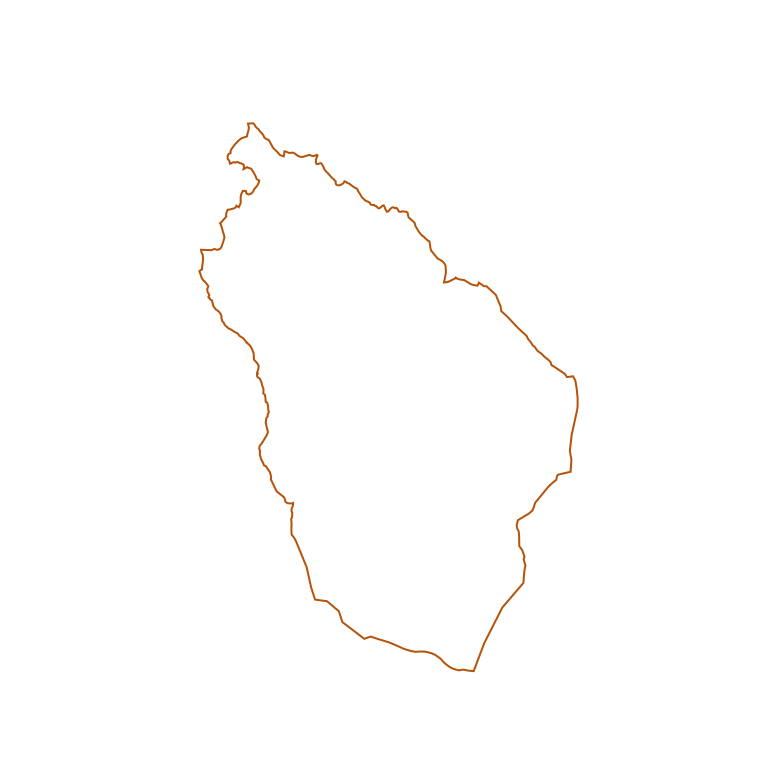 Poiana Vadului, Alba, Romania, rotated 240°
{"feature_id": "2599482B80171026401494", "entity_name": "Poiana Vadului", "entity_type": "district", "adm_level": 2, "iso_a3": "ROU", "parent_name": "Romania", "parent_adm1": "Alba", "projection": "orthographic", "projection_center": [22.883, 46.405], "detail": "fine", "context": "isolated", "style": "outline", "palette": "amber", "viewbox_px": 768, "rotation_deg": 240, "n_neighbors": 0, "source": "geoboundaries", "source_scale": "gbopen_adm2", "svg_char_len": 6029}
<svg xmlns="http://www.w3.org/2000/svg" viewBox="0 0 768 768"><g transform="rotate(240 384 384)"><path d="M652.9,406.2L654.2,405.2L655.7,404.2L657.4,403.6L659.7,403.9L662.8,403.4L665.2,402.8L667.1,402.8L669.2,401.9L671.3,401.5L673.6,401.5L675.1,401.1L675.9,399.7L677.5,396.4L673.6,395.2L670.8,392.9L669.3,391.2L666.9,389.1L667.5,386.2L668.1,383.5L667.5,379.8L666.1,374.9L664.1,370.1L662.6,367.7L660.7,366.6L660.9,364.8L660.3,363.2L657.8,361.4L656.8,361.2L654.9,361.6L651.7,360.8L651.4,364.5L650.1,365.8L649.6,368.2L648.0,369.1L646.3,370.7L645.3,371.6L643.5,372.0L641.9,371.2L640.3,369.8L640.3,373.8L639.3,374.4L638.4,375.2L637.7,376.0L636.4,376.6L634.6,376.8L629.7,376.8L627.6,376.6L625.3,376.2L624.0,376.9L622.5,377.7L620.9,376.1L619.1,373.3L617.6,368.9L616.1,367.0L615.2,363.7L616.0,361.3L618.0,360.1L620.0,361.0L621.9,358.3L619.5,355.0L618.0,353.6L614.9,351.8L612.2,350.2L609.7,346.6L612.2,345.3L611.1,343.8L611.1,341.8L611.6,340.1L612.4,337.2L613.1,335.8L611.5,333.6L610.2,332.4L609.2,331.6L608.0,331.3L606.3,326.6L605.5,324.0L605.2,322.3L604.1,322.4L602.6,322.2L599.8,321.6L596.3,320.6L593.8,320.1L590.8,319.2L588.6,317.0L584.1,312.0L583.0,309.8L583.5,306.7L585.8,304.6L586.1,301.6L591.7,292.7L589.1,291.7L586.7,291.7L582.2,289.5L575.6,284.5L574.3,283.9L574.3,282.2L574.0,280.5L571.3,280.0L566.6,279.1L563.1,279.5L562.4,280.1L556.5,280.8L554.5,278.3L551.8,277.2L550.8,277.2L550.1,277.4L548.1,277.0L547.4,275.6L546.5,275.3L545.9,275.8L544.7,275.8L544.2,275.7L542.8,276.7L541.5,276.7L540.6,276.1L539.1,276.0L537.2,275.1L532.8,275.6L529.3,277.2L526.4,277.5L523.8,277.2L522.7,276.2L519.1,275.4L517.7,275.9L514.9,275.6L509.8,277.2L507.8,278.7L503.7,280.7L501.1,282.5L498.0,282.9L493.6,285.1L489.9,285.6L488.6,285.6L488.4,286.2L486.4,286.4L485.3,286.9L483.6,287.2L480.4,287.2L475.8,286.5L473.5,285.3L470.5,283.7L469.4,283.7L465.6,284.6L462.2,284.5L459.5,282.4L457.1,279.6L456.1,279.9L455.9,278.8L454.0,278.0L452.9,278.0L450.7,279.2L446.2,278.6L443.9,277.8L440.0,277.2L436.2,274.8L434.0,275.4L431.5,274.5L427.7,272.6L426.3,273.5L422.7,272.5L419.4,270.8L417.1,270.2L416.1,268.3L414.1,267.0L413.1,264.9L410.8,263.1L409.5,262.2L406.8,261.3L403.9,260.4L402.0,260.0L400.6,259.5L399.6,258.7L398.2,256.6L397.1,254.7L396.1,252.9L394.7,250.3L393.4,247.7L392.5,245.4L391.6,244.4L389.7,243.3L388.6,243.4L385.1,241.3L380.7,240.0L375.2,239.8L373.6,239.3L371.9,240.6L364.5,241.1L360.1,239.9L357.9,238.3L349.0,237.6L344.5,237.4L336.2,240.7L333.6,240.6L331.3,239.7L328.9,240.9L326.6,244.5L326.4,245.8L324.4,244.4L323.5,243.5L322.2,241.8L320.8,240.6L319.2,240.2L318.3,240.2L317.0,239.4L315.8,238.4L314.6,237.8L313.5,236.1L309.4,234.2L303.9,230.8L299.6,228.7L297.8,229.0L294.9,229.3L292.1,229.2L269.8,226.2L263.9,225.4L244.7,219.3L231.8,216.5L228.8,220.3L224.4,226.0L209.8,231.3L202.0,229.6L198.6,228.9L173.2,239.5L171.9,246.2L165.8,251.6L163.5,253.8L157.6,259.3L150.7,264.5L144.8,268.7L139.4,273.7L136.4,277.2L135.3,279.5L133.8,282.4L131.5,286.0L126.9,290.7L123.6,293.0L117.4,295.8L115.4,296.1L113.0,296.6L109.9,297.7L106.5,299.2L103.3,301.2L101.7,302.6L100.0,304.2L98.5,305.8L97.2,309.4L96.4,310.7L93.6,313.7L90.5,318.1L109.5,341.3L131.3,374.8L142.0,405.2L152.2,412.3L156.0,415.7L162.4,417.3L164.1,419.3L170.8,420.6L175.9,420.1L185.7,425.5L189.2,427.0L192.3,427.2L195.4,428.3L199.1,431.9L199.3,439.7L199.3,444.2L200.2,449.2L201.7,451.3L205.6,455.6L209.4,465.9L212.7,474.5L213.2,476.5L214.2,480.7L214.9,485.3L217.9,487.9L218.4,489.6L214.7,501.7L224.6,508.4L233.1,511.5L240.1,516.6L246.1,521.1L265.3,538.6L268.2,540.7L275.3,544.8L284.0,548.7L291.5,551.5L296.2,551.5L298.5,545.9L302.3,545.7L314.3,539.8L315.7,538.9L316.9,538.5L317.9,538.7L319.6,539.2L320.6,538.9L322.3,538.6L326.9,536.7L331.7,535.4L333.8,534.5L336.0,533.5L341.1,533.0L342.9,532.1L346.8,532.0L350.9,531.3L354.5,531.5L365.4,528.1L381.0,524.4L388.4,522.0L393.0,523.8L402.9,525.1L405.3,525.4L417.5,521.6L418.7,519.5L424.3,516.9L423.2,515.4L422.5,514.0L424.8,511.3L426.3,509.7L429.1,508.0L434.0,505.4L436.4,502.1L439.1,499.7L440.3,499.4L440.0,498.6L439.9,497.5L440.4,490.4L441.9,486.7L449.4,493.3L455.6,496.4L457.6,496.6L459.8,496.3L462.2,495.4L464.0,494.4L465.3,493.3L476.1,491.5L479.0,492.4L484.8,494.7L485.9,493.9L490.1,492.4L491.9,492.1L493.9,491.0L498.6,490.3L504.7,490.2L508.3,491.1L514.1,489.3L516.0,488.6L520.7,490.1L522.0,489.4L524.5,486.1L524.4,485.4L524.9,484.3L525.9,483.1L527.7,483.2L529.4,483.1L530.3,482.8L530.8,481.4L531.8,480.9L532.7,479.8L532.8,478.7L532.4,476.7L531.7,474.9L531.3,473.5L531.8,472.6L533.2,472.6L534.2,472.6L535.4,472.7L536.7,473.0L538.9,473.0L539.0,472.6L539.1,471.2L538.7,469.8L538.6,468.8L538.5,467.7L539.2,466.8L540.8,466.5L542.2,466.1L542.5,465.4L543.9,465.0L544.6,464.2L544.8,463.4L545.6,462.7L546.2,462.2L547.6,462.1L548.1,462.4L549.5,461.6L550.5,460.7L551.7,460.1L552.5,459.4L554.1,459.0L556.5,458.3L557.8,458.3L559.2,458.2L560.5,458.2L562.2,458.2L564.0,458.0L564.7,458.0L565.6,458.4L566.9,458.1L568.2,457.2L569.2,456.5L571.7,455.4L573.6,454.6L574.9,454.1L575.8,453.2L576.5,452.7L577.4,452.4L578.3,452.0L579.3,451.1L578.8,450.6L578.4,449.6L578.1,448.9L578.1,447.9L578.1,447.1L578.2,445.5L578.5,444.4L579.1,443.5L579.9,442.7L580.8,442.3L581.7,442.4L582.7,442.8L583.5,443.5L584.6,443.2L586.3,442.9L587.3,442.5L588.4,442.1L589.8,441.8L591.6,441.4L592.6,441.2L594.3,440.9L595.9,440.4L597.5,440.0L598.8,439.8L599.7,439.7L600.6,440.0L601.7,440.0L603.5,440.2L605.1,440.1L606.1,440.1L606.7,439.9L607.0,439.4L607.2,438.5L607.3,437.7L607.6,436.8L607.9,435.9L608.3,435.6L609.1,435.7L610.0,435.8L610.7,436.2L611.5,436.7L612.2,437.1L612.8,437.8L613.5,438.5L614.0,439.3L614.6,440.1L615.1,440.6L615.6,440.7L615.9,440.5L616.2,440.0L616.3,438.7L616.3,438.0L616.6,436.9L617.4,435.9L618.4,435.0L619.5,434.2L619.8,433.6L620.1,432.9L620.1,432.2L620.8,429.5L621.2,427.5L621.5,426.8L622.7,425.1L623.5,424.3L624.9,423.4L626.4,422.7L628.0,422.1L629.7,421.0L630.6,419.5L630.9,418.6L631.5,417.5L632.3,416.7L633.6,415.8L634.9,414.7L635.3,414.1L633.0,412.5L631.3,411.0L634.1,408.5L638.8,407.5L643.9,406.0L652.9,406.2Z" fill="none" stroke="#b45309" stroke-width="2"/></g></svg>